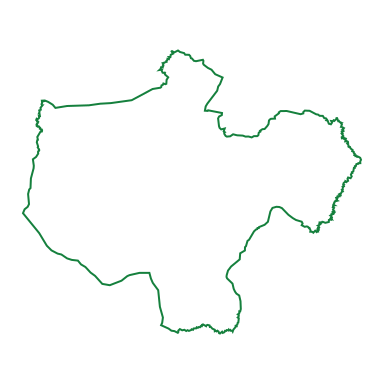 the district of Nong Han, Udon Thani, Thailand
{"feature_id": "78962969B68603960000153", "entity_name": "Nong Han", "entity_type": "district", "adm_level": 2, "iso_a3": "THA", "parent_name": "Thailand", "parent_adm1": "Udon Thani", "projection": "orthographic", "projection_center": [103.164, 17.36], "detail": "fine", "context": "isolated", "style": "outline", "palette": "green", "viewbox_px": 384, "rotation_deg": 0, "n_neighbors": 0, "source": "geoboundaries", "source_scale": "gbopen_adm2", "svg_char_len": 5988}
<svg xmlns="http://www.w3.org/2000/svg" viewBox="0 0 384 384"><path d="M316.7,232.1L317.4,231.6L317.4,230.5L318.1,231.0L318.1,229.7L318.8,229.7L318.7,229.0L318.1,229.4L317.6,228.7L317.9,227.9L318.8,228.2L319.2,227.5L318.7,227.0L318.8,225.7L318.2,225.5L320.1,224.4L319.3,223.6L319.5,222.7L320.0,223.1L320.6,222.6L320.7,223.4L322.7,221.8L325.3,222.8L328.8,222.0L328.9,220.0L329.9,219.8L330.1,219.1L331.0,219.5L331.0,218.6L331.8,219.0L331.3,217.9L332.6,218.1L331.7,217.5L331.4,216.0L330.5,215.5L331.6,214.8L331.5,214.3L332.8,214.1L332.3,213.4L332.6,212.6L333.7,213.4L334.4,212.5L333.7,212.4L334.1,211.5L333.2,211.3L333.9,210.7L333.0,209.6L334.0,207.9L332.9,207.3L333.7,206.2L333.1,205.9L333.3,205.1L334.2,205.1L333.4,204.6L334.4,202.6L333.7,202.0L334.6,202.2L334.8,201.4L337.4,200.7L336.4,200.1L336.9,199.6L336.2,197.8L337.0,197.6L337.3,196.8L337.7,197.5L338.1,196.5L339.6,196.3L339.3,195.2L340.0,195.2L339.5,194.6L340.3,194.5L339.9,193.8L340.9,193.5L341.9,191.7L342.8,191.4L341.9,189.9L342.8,189.5L342.6,188.2L343.2,187.0L342.9,186.7L343.9,186.3L343.3,185.1L343.9,184.7L343.3,184.2L343.6,183.1L345.1,181.7L345.7,181.9L345.6,181.2L346.8,181.7L348.1,180.8L347.5,178.8L348.1,177.5L350.6,178.2L351.7,176.4L350.9,174.7L351.6,173.2L352.3,173.0L352.0,172.1L353.3,171.4L353.9,167.9L354.8,167.9L354.9,166.2L355.8,166.2L356.4,164.1L358.3,163.8L358.4,163.1L360.3,163.1L360.2,161.5L361.0,159.8L360.2,157.8L358.3,156.7L357.2,156.9L356.9,156.1L355.5,156.1L355.6,155.2L354.3,155.0L354.7,153.7L353.8,153.0L353.7,151.8L352.2,151.2L352.6,150.0L350.6,148.5L350.0,147.0L349.1,147.1L348.4,146.6L348.6,145.4L347.1,143.3L348.1,143.0L347.9,141.7L346.4,140.9L345.3,141.2L345.7,139.4L344.7,139.1L345.4,138.5L343.8,137.9L341.9,138.3L341.7,137.2L343.3,136.0L341.7,133.6L342.6,133.4L341.8,131.6L343.2,131.2L342.4,130.1L343.3,130.0L343.1,129.0L343.9,128.1L343.4,127.8L342.9,128.4L341.7,126.6L341.1,126.7L341.9,124.3L340.9,123.1L341.5,122.8L339.4,121.8L338.9,120.9L338.2,121.1L337.1,118.1L336.5,118.1L336.2,119.2L334.3,120.9L333.6,120.3L332.8,121.2L331.2,121.0L332.0,122.7L330.9,124.3L328.8,123.7L327.7,120.7L326.3,120.3L326.9,119.5L325.9,118.3L324.3,118.2L322.8,115.9L319.6,115.8L318.1,114.6L316.2,114.3L309.6,110.8L304.8,110.6L303.3,112.1L303.3,113.4L300.6,114.2L286.7,111.0L280.6,111.1L278.8,112.4L278.9,113.3L274.7,116.4L275.0,118.6L271.0,118.8L269.7,119.6L269.0,120.5L268.5,124.1L267.2,126.1L264.6,129.0L262.4,129.2L260.0,130.8L260.4,131.6L258.8,132.6L258.3,135.3L257.2,136.1L254.0,136.1L251.7,137.4L248.5,136.5L245.5,136.6L242.8,135.6L237.1,135.3L233.1,134.3L230.2,136.3L226.8,136.6L225.6,135.9L224.3,133.8L224.2,132.6L224.8,132.2L223.7,131.4L224.7,128.5L221.2,129.4L219.6,127.9L219.0,126.1L218.1,118.4L219.1,116.5L221.8,115.1L222.0,113.0L208.1,110.3L207.7,110.9L204.9,110.7L205.7,106.4L207.3,103.7L217.2,90.7L218.2,86.5L220.0,84.1L222.6,77.5L215.2,74.2L211.5,69.7L207.9,67.9L203.7,64.7L203.1,63.6L203.4,60.8L202.9,59.8L196.0,61.2L193.9,60.8L192.0,58.5L190.9,58.2L190.2,56.0L189.0,54.8L185.2,54.7L184.1,53.1L180.0,52.0L178.0,50.5L174.3,52.4L172.0,51.1L171.6,51.4L173.0,53.7L170.7,54.8L170.4,57.0L169.0,57.0L169.5,57.6L168.9,59.2L167.5,58.7L167.1,60.3L166.3,61.0L166.6,61.8L162.8,63.1L163.5,63.8L162.8,65.1L163.9,66.4L163.1,66.0L162.8,67.1L161.1,67.2L160.6,68.9L159.4,70.0L162.0,69.6L161.6,70.4L162.6,72.7L164.3,72.9L165.5,72.2L164.6,73.5L165.1,74.6L168.2,77.3L166.6,79.8L166.3,83.8L165.3,84.2L163.4,83.5L162.9,84.8L161.5,85.4L161.2,87.1L160.4,87.7L152.6,89.0L131.7,100.2L110.8,103.1L100.3,103.7L88.9,105.3L67.1,106.0L55.4,107.9L52.7,104.7L48.2,101.9L44.8,100.5L43.1,100.6L43.8,101.2L42.9,101.4L41.9,101.1L42.1,103.0L41.5,104.2L42.0,105.3L42.5,105.3L40.5,107.8L40.8,109.7L39.2,110.4L39.6,111.7L38.9,113.5L39.5,113.5L39.9,116.0L38.9,116.0L39.2,117.7L38.5,118.6L37.6,119.1L36.7,118.7L36.2,120.0L37.9,121.4L37.3,121.8L38.0,122.7L36.9,123.8L37.2,125.2L36.6,125.1L36.7,126.0L38.0,126.8L38.8,126.4L39.7,127.4L39.8,128.5L40.4,128.3L41.0,129.7L41.8,129.6L42.1,130.2L41.9,131.5L40.4,131.8L37.3,137.0L37.9,139.8L37.3,140.1L36.8,142.3L38.1,146.4L37.7,147.4L39.1,149.4L38.7,150.1L39.1,150.6L38.0,151.9L38.2,153.6L36.1,156.9L32.9,159.3L33.8,165.7L33.6,168.3L30.9,178.5L30.5,188.1L29.2,189.5L28.1,194.0L29.0,204.1L27.7,206.8L24.6,209.3L23.0,213.2L39.2,233.1L46.8,245.7L51.5,250.4L57.6,253.6L61.4,254.5L67.1,258.4L71.8,259.9L77.9,260.6L81.0,264.4L85.4,267.0L90.6,272.6L95.1,275.9L102.3,283.9L109.8,285.2L121.5,280.7L127.3,276.1L129.6,275.1L139.4,272.9L149.4,272.9L150.9,278.5L152.8,282.9L158.2,290.2L159.9,306.8L162.9,317.5L162.2,322.8L161.1,325.2L168.6,328.6L171.4,330.7L174.4,331.1L177.8,332.8L178.3,332.2L178.3,330.6L179.9,329.1L182.2,330.3L184.4,329.8L186.2,331.0L187.6,330.2L188.9,330.9L191.2,330.0L191.6,329.3L193.0,329.8L193.6,328.5L196.3,328.3L196.7,327.3L197.9,327.8L198.5,327.1L200.1,327.2L200.7,326.1L201.8,326.3L202.4,325.4L202.1,324.8L203.0,324.4L206.1,326.2L206.4,325.4L207.5,324.9L209.5,325.4L209.8,326.9L210.6,326.7L212.4,328.7L214.7,329.7L214.8,331.2L215.7,330.8L216.6,331.4L217.4,330.7L218.6,331.6L219.1,333.2L220.0,333.5L222.1,331.7L222.8,332.9L224.4,332.2L225.0,330.8L226.2,330.9L226.7,330.1L228.0,330.3L228.6,329.6L229.0,330.5L230.3,329.9L230.9,330.8L232.3,330.7L232.7,331.5L233.4,329.6L235.6,327.0L235.6,326.0L236.6,326.1L236.4,325.3L237.3,324.6L237.7,322.8L238.3,322.5L238.8,318.3L237.7,317.5L238.6,316.5L238.8,315.2L237.8,314.4L239.2,313.4L239.3,311.3L240.2,311.4L240.8,309.0L240.5,301.2L239.2,295.5L236.4,293.6L235.0,291.6L233.7,288.8L232.5,283.6L227.1,278.4L226.5,276.9L226.7,275.1L228.0,270.6L231.1,266.5L239.7,259.4L240.2,253.3L244.9,250.5L245.0,247.2L246.0,246.1L247.5,240.9L249.1,239.7L254.0,231.4L256.0,229.5L257.2,229.1L257.5,228.0L258.8,228.0L259.0,227.1L264.6,224.8L267.9,221.8L270.4,211.4L272.5,207.9L276.4,206.8L279.3,207.0L281.9,208.1L288.4,214.8L292.8,218.1L296.0,220.0L301.7,221.7L302.6,223.4L301.7,225.2L304.7,226.8L306.8,226.4L307.9,226.8L309.0,228.2L309.5,228.0L310.6,230.6L310.3,231.7L312.5,231.9L313.3,232.7L315.2,230.7L316.7,232.1Z" fill="none" stroke="#15803d" stroke-width="2"/></svg>